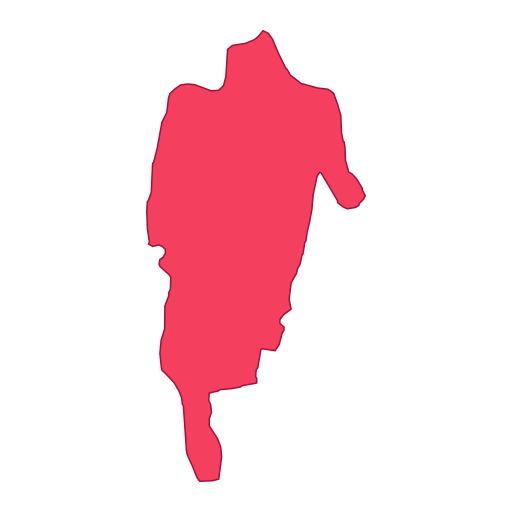 Fraijanes, Guatemala (Natural Earth projection)
{"feature_id": "79465075B66624198993086", "entity_name": "Fraijanes", "entity_type": "district", "adm_level": 2, "iso_a3": "GTM", "parent_name": "Guatemala", "parent_adm1": "", "projection": "natural_earth1", "projection_center": [-90.439, 14.456], "detail": "fine", "context": "isolated", "style": "filled", "palette": "rose", "viewbox_px": 512, "rotation_deg": 0, "n_neighbors": 0, "source": "geoboundaries", "source_scale": "gbopen_adm2", "svg_char_len": 1892}
<svg xmlns="http://www.w3.org/2000/svg" viewBox="0 0 512 512"><path d="M257.8,367.7L260.9,349.4L262.5,348.8L275.1,350.7L279.2,344.6L282.2,333.1L283.9,330.5L284.1,327.2L282.0,325.3L279.9,323.3L279.9,319.4L283.9,314.5L291.1,309.1L289.1,299.4L291.1,282.9L296.6,273.1L297.5,268.9L300.1,264.1L301.9,255.3L303.0,253.8L304.8,242.5L305.9,240.9L307.1,232.3L309.5,222.2L311.9,209.5L313.1,194.9L317.0,176.5L318.4,174.1L319.7,172.4L321.1,172.9L337.2,200.1L337.8,202.8L343.0,206.8L347.3,208.8L355.3,207.5L358.8,205.5L359.3,203.5L363.5,199.3L365.2,195.7L362.2,189.7L362.4,188.4L356.5,178.7L352.0,173.9L348.7,172.0L345.5,160.5L344.9,146.5L344.1,141.9L343.2,141.2L341.5,132.9L340.8,115.5L337.6,104.5L333.7,93.4L330.3,90.7L327.6,89.2L317.2,87.9L304.3,84.3L301.4,83.7L290.3,75.1L287.6,70.1L285.4,67.5L278.7,53.9L272.4,39.0L268.3,33.3L263.0,30.7L258.3,36.5L254.0,39.9L245.2,43.4L232.5,45.4L227.6,49.3L225.9,76.6L223.5,85.6L218.7,90.3L211.1,90.8L194.5,84.6L187.5,84.0L180.5,85.0L174.9,89.0L169.9,93.6L168.5,97.9L167.5,107.1L166.6,112.9L161.9,122.4L157.2,148.4L153.6,162.5L152.6,163.3L151.3,192.3L148.4,200.3L147.3,201.9L146.8,211.3L147.4,228.7L149.4,241.8L148.5,244.0L152.6,246.4L158.9,245.0L162.0,246.3L165.4,249.4L165.3,253.5L163.1,257.2L159.8,259.6L159.1,264.2L160.1,266.6L168.7,274.3L169.9,275.8L170.8,277.6L170.4,289.0L168.8,292.5L168.7,295.8L164.9,306.0L164.7,328.7L161.1,340.3L159.9,353.4L161.4,367.9L162.1,370.5L164.9,372.9L174.3,382.9L177.6,388.7L178.8,390.6L181.6,397.7L182.4,404.3L183.4,405.8L186.4,449.8L187.1,454.4L189.3,459.2L192.5,466.3L194.6,471.5L197.2,477.9L199.7,481.3L212.5,480.7L218.7,479.2L221.6,457.2L220.7,447.0L217.6,438.8L209.3,425.8L209.3,418.4L211.5,412.4L210.6,404.5L208.7,400.4L209.2,393.1L218.4,390.9L219.7,389.7L231.5,388.6L240.7,386.9L242.1,385.7L256.7,383.0L256.7,377.9L255.7,376.9L255.9,372.3L256.3,369.6L257.8,367.7Z" fill="#f43f5e" stroke="#9f1239" stroke-width="1.5"/></svg>